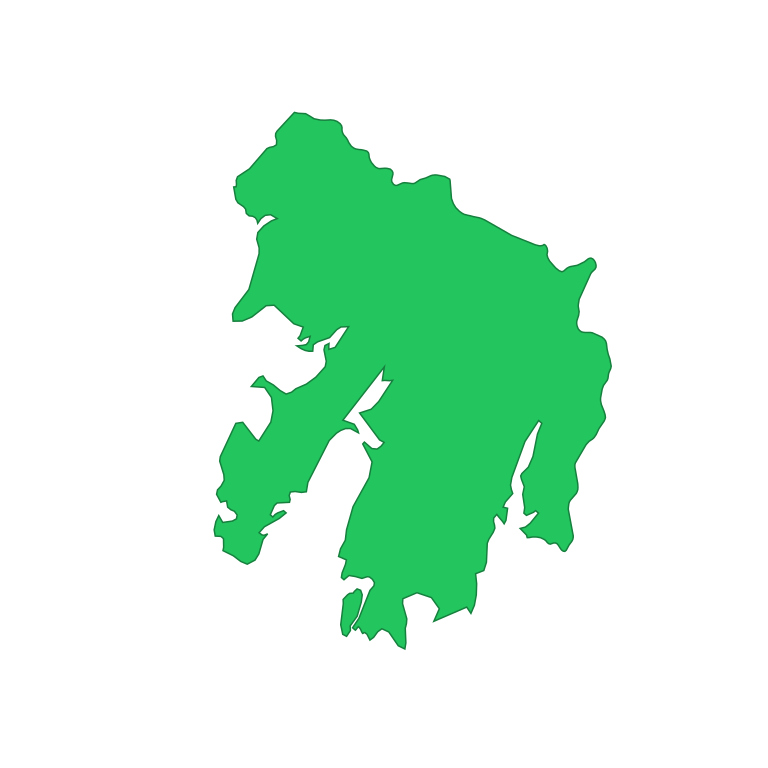 the border of Kerry, rotated 311°
{"feature_id": "IRL-725", "entity_name": "Kerry", "entity_type": "County", "adm_level": 1, "iso_a3": "IRL", "parent_name": "Ireland", "parent_adm1": "", "projection": "orthographic", "projection_center": [-9.777, 52.132], "detail": "fine", "context": "isolated", "style": "filled", "palette": "green", "viewbox_px": 768, "rotation_deg": 311, "n_neighbors": 0, "source": "natural_earth", "source_scale": "10m", "svg_char_len": 5908}
<svg xmlns="http://www.w3.org/2000/svg" viewBox="0 0 768 768"><g transform="rotate(311 384 384)"><path d="M362.0,592.9L363.5,590.7L364.3,581.5L368.8,584.6L374.8,585.7L387.9,585.3L387.9,581.5L385.2,581.0L378.3,577.7L378.3,574.3L383.0,571.3L391.7,561.1L398.5,557.3L402.5,549.9L404.3,547.5L406.9,546.8L415.9,547.5L427.0,544.0L447.0,532.6L457.9,528.9L457.9,524.7L433.1,528.1L397.3,541.8L390.7,545.8L387.9,549.4L385.8,553.0L374.5,553.0L369.2,554.7L371.3,558.8L361.1,565.5L357.3,566.4L358.0,563.8L359.0,557.5L359.6,554.7L354.8,554.7L352.0,557.0L350.0,560.0L347.9,562.3L343.8,563.7L335.6,565.0L331.6,566.4L316.6,578.3L308.7,581.7L300.9,577.6L294.0,585.0L285.4,592.0L276.3,597.4L267.9,600.1L269.9,592.8L237.6,577.3L250.7,573.2L253.9,559.9L248.1,545.8L234.3,539.1L230.4,542.1L221.7,555.3L217.8,558.2L213.6,560.3L202.9,570.4L197.7,573.6L195.8,566.5L200.0,550.3L197.9,543.0L192.9,541.8L186.0,542.4L181.5,541.4L184.0,535.3L183.8,532.7L183.0,531.9L182.1,531.8L181.7,531.5L182.4,529.5L183.1,528.1L183.7,526.6L184.1,524.0L182.9,523.8L180.5,524.0L179.4,523.9L179.4,520.2L190.7,518.8L219.1,508.8L225.1,508.8L227.8,507.1L229.0,503.4L228.8,499.6L227.6,497.8L222.8,494.9L219.9,488.7L216.5,483.2L210.0,482.2L210.0,478.8L214.0,476.3L222.5,473.3L226.6,471.0L224.0,462.9L231.1,459.3L240.7,457.3L249.5,451.3L271.2,441.1L303.5,434.2L317.4,426.1L324.8,407.3L327.3,407.3L327.3,417.2L330.4,421.5L335.2,422.6L340.0,422.4L338.9,417.3L346.1,384.6L356.6,390.9L367.3,391.5L392.5,388.1L390.1,386.0L387.2,382.2L385.4,380.5L397.2,373.0L329.7,376.7L334.1,388.0L332.0,394.4L330.4,396.8L328.4,387.9L325.1,384.2L320.6,381.8L315.8,380.4L305.5,379.7L259.8,391.1L251.7,396.1L248.0,392.8L244.6,387.5L241.1,384.2L237.6,385.6L235.3,388.9L232.7,390.3L224.1,381.4L220.3,381.0L210.7,384.0L210.7,387.4L214.1,387.4L216.9,388.3L222.5,391.3L222.5,394.7L213.9,393.2L197.8,387.4L189.8,387.3L190.1,391.0L191.1,392.7L194.6,394.5L187.3,394.7L173.7,401.0L166.5,402.2L158.3,399.0L156.1,392.3L155.5,382.9L152.6,371.8L155.6,370.1L162.0,364.3L162.0,360.9L158.5,356.4L162.5,351.5L169.8,347.4L176.3,345.6L173.7,353.1L181.1,359.5L185.4,361.1L188.8,359.1L189.8,354.6L188.6,350.8L188.5,346.8L192.5,341.9L189.1,339.2L187.7,338.5L190.9,330.0L194.9,327.8L200.0,328.0L206.5,326.6L210.5,322.6L218.0,310.6L221.8,308.1L257.1,298.0L262.4,302.5L258.2,323.5L258.8,326.9L281.0,323.6L291.0,317.8L300.0,307.9L303.1,296.2L295.1,285.5L306.9,285.3L310.7,287.4L309.1,293.1L310.7,301.2L310.9,309.8L312.2,316.7L317.1,319.6L322.6,320.6L333.0,325.5L344.5,328.1L358.5,328.3L363.3,325.5L370.4,316.3L374.3,314.2L378.5,315.9L376.1,317.7L374.0,319.7L379.6,323.1L404.1,319.7L398.8,314.1L394.0,312.7L383.3,312.5L372.2,306.2L367.2,304.9L362.0,308.7L359.5,305.9L357.6,302.5L356.3,298.3L355.6,293.2L359.7,297.2L362.8,299.5L366.3,299.5L371.5,297.0L367.2,294.4L364.9,293.6L362.1,293.2L362.1,289.1L365.4,289.0L374.0,285.7L370.3,276.4L371.4,249.4L365.8,243.7L348.0,240.3L338.5,235.7L332.4,228.9L337.5,223.7L343.9,221.5L366.7,220.0L400.3,204.3L404.8,200.5L409.8,192.9L415.6,189.4L424.4,189.6L433.2,192.0L438.8,194.9L437.4,187.4L433.4,183.7L428.1,182.6L422.4,183.3L424.4,180.5L425.1,177.6L424.4,174.7L422.4,171.9L422.4,168.2L425.2,164.8L425.7,161.6L424.9,154.9L426.2,151.0L434.1,141.3L435.9,143.0L438.1,141.5L440.7,138.9L444.3,137.5L458.1,141.3L484.8,141.2L487.5,142.4L490.6,144.8L494.0,145.9L497.4,143.2L499.8,139.6L502.0,137.9L504.7,137.4L530.2,138.2L532.0,141.6L536.6,147.5L537.6,152.7L538.3,157.2L541.4,162.7L544.3,166.3L548.3,170.4L550.2,173.2L551.4,176.3L551.7,180.1L551.1,182.5L549.9,184.2L548.5,185.3L547.2,186.7L546.3,188.2L545.6,189.9L545.0,194.1L544.2,196.6L543.1,199.0L542.0,203.4L542.2,206.2L542.8,208.4L544.6,211.4L545.9,213.1L547.1,215.2L548.5,218.2L548.4,220.3L547.5,221.9L546.2,223.2L545.1,224.5L543.9,226.7L542.9,229.2L542.2,233.7L542.2,235.8L542.9,238.2L543.6,239.3L547.5,243.2L548.8,244.9L550.3,247.8L550.2,250.1L549.5,251.9L548.2,253.1L543.1,255.7L541.7,257.3L540.9,260.3L541.3,262.2L542.4,263.5L547.9,266.1L549.3,267.3L551.5,270.3L553.4,273.3L554.4,274.6L556.0,275.6L562.0,277.2L566.8,280.3L572.0,282.7L573.5,283.7L575.3,285.4L576.4,286.8L580.5,293.7L581.7,299.2L580.9,300.4L568.2,313.3L565.6,318.0L564.2,322.4L563.8,327.7L564.1,330.7L564.6,333.1L566.4,336.7L567.5,338.6L568.9,341.5L571.9,346.8L572.7,348.6L573.9,352.4L579.9,382.8L588.3,406.9L590.1,410.4L590.7,411.2L591.7,412.1L592.8,412.9L594.3,413.3L594.6,414.2L594.5,415.6L593.6,417.8L593.0,418.7L591.5,420.4L588.5,422.2L586.8,424.7L585.4,428.4L584.2,437.4L584.4,441.8L585.4,444.6L587.0,445.5L591.3,446.1L593.1,446.7L594.7,447.5L600.4,452.0L607.7,455.1L612.4,456.0L613.5,456.5L614.8,457.6L615.4,459.5L615.2,461.6L614.4,463.8L612.8,466.1L611.2,467.4L609.1,467.9L605.1,467.5L603.0,467.6L576.0,475.7L571.2,478.7L570.0,479.7L566.6,483.8L563.4,485.9L558.2,488.1L556.4,489.4L554.8,491.2L553.1,494.2L552.7,496.6L552.9,498.7L553.6,500.2L554.7,501.8L558.3,506.0L559.3,507.6L562.4,517.8L562.4,520.6L561.9,523.0L560.4,525.4L556.5,529.7L553.5,533.8L551.1,538.0L546.5,543.8L544.3,545.0L540.1,546.3L538.5,547.1L535.4,549.2L533.5,550.0L526.9,550.6L523.3,552.0L515.4,556.7L513.3,558.6L511.1,561.5L507.8,567.9L505.8,571.1L503.9,573.2L502.3,573.9L500.3,574.5L491.4,575.5L485.0,577.3L481.4,577.7L479.3,577.5L475.3,576.4L470.8,576.3L450.0,580.2L448.3,581.0L446.4,582.7L435.9,595.6L433.2,598.2L431.5,599.5L429.7,600.3L427.7,600.9L418.5,600.9L416.5,601.3L414.8,602.1L411.7,604.2L410.3,605.3L393.5,626.5L392.1,627.6L390.4,628.5L388.4,629.0L383.9,629.3L378.1,630.6L376.3,630.3L375.4,628.9L375.2,626.9L375.6,625.0L376.7,621.3L377.0,619.3L376.5,617.7L375.4,616.4L372.2,614.5L371.5,612.9L371.5,611.1L371.9,609.1L371.8,607.0L370.8,603.2L369.0,600.1L367.8,598.5L365.6,596.1L363.4,594.4L362.0,592.9ZM207.9,497.7L211.7,498.1L213.0,501.7L210.6,505.9L204.4,510.0L191.1,516.1L179.2,517.2L175.9,520.4L169.0,521.3L168.0,517.1L173.9,509.3L191.5,497.4L194.6,494.5L201.0,494.8L203.4,495.4L206.0,498.0L207.9,497.7Z" fill="#22c55e" stroke="#15803d" stroke-width="1.5"/></g></svg>